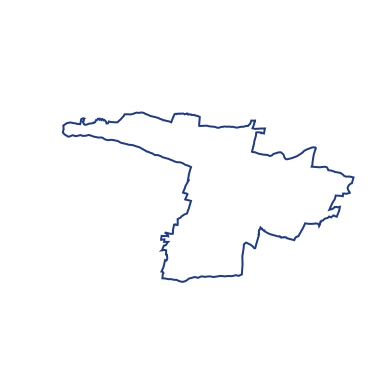 outline of Motoseni, Bacau, Romania, rotated 294°
{"feature_id": "2599482B25662052430617", "entity_name": "Motoseni", "entity_type": "district", "adm_level": 2, "iso_a3": "ROU", "parent_name": "Romania", "parent_adm1": "Bacau", "projection": "natural_earth1", "projection_center": [27.425, 46.347], "detail": "fine", "context": "isolated", "style": "outline", "palette": "blue", "viewbox_px": 384, "rotation_deg": 294, "n_neighbors": 0, "source": "geoboundaries", "source_scale": "gbopen_adm2", "svg_char_len": 6072}
<svg xmlns="http://www.w3.org/2000/svg" viewBox="0 0 384 384"><g transform="rotate(294 192 192)"><path d="M271.0,333.6L270.2,329.6L268.9,327.0L268.6,325.6L268.6,324.4L269.3,322.7L269.8,319.9L268.9,316.0L268.6,315.3L268.3,310.8L267.4,307.8L267.6,307.3L268.4,306.6L269.1,305.7L269.4,305.0L269.4,304.4L268.9,302.6L266.5,298.6L263.8,291.0L266.1,290.9L267.3,290.3L271.5,289.1L275.3,288.1L279.8,287.5L282.2,287.4L282.6,287.1L282.8,286.6L282.3,284.9L281.6,283.7L278.0,280.0L275.6,278.0L274.3,277.3L273.8,277.3L272.5,276.7L267.5,273.4L263.7,269.6L260.7,265.8L260.2,264.5L260.6,263.3L261.5,262.1L263.2,260.6L263.6,260.0L264.4,257.0L263.5,255.1L260.1,251.2L259.1,250.5L257.8,250.1L256.5,248.4L256.6,246.1L255.1,241.8L254.3,238.1L254.1,237.5L253.9,233.1L253.2,231.5L253.2,230.4L258.7,229.5L258.7,229.4L261.1,229.1L263.8,228.3L269.5,227.5L271.1,226.9L272.6,226.5L273.4,228.0L274.5,231.2L273.9,231.4L274.8,233.5L274.8,233.9L279.7,232.8L277.6,228.3L275.4,224.2L274.8,221.4L279.7,221.1L280.3,220.7L281.8,220.9L282.9,220.5L282.0,218.8L281.4,217.1L278.3,217.4L275.1,216.3L274.9,215.6L274.5,215.2L274.4,214.6L272.7,212.7L272.2,211.9L271.8,210.7L269.3,207.2L268.8,206.1L268.1,202.5L267.3,201.0L266.7,198.9L266.0,197.7L264.8,194.5L264.1,193.8L263.4,192.2L261.9,190.8L261.3,189.7L260.9,188.4L260.9,186.7L259.1,181.3L258.6,178.5L256.0,173.3L255.4,172.2L255.3,171.8L255.4,171.6L255.7,171.4L263.7,168.6L263.8,166.7L263.5,165.5L263.5,164.9L263.3,164.7L263.4,164.4L263.3,163.4L263.1,162.8L263.2,162.3L262.2,160.4L262.4,159.6L262.1,159.2L262.2,158.8L261.5,157.1L261.8,156.3L261.7,156.2L261.4,156.3L261.6,155.6L261.2,155.4L261.2,155.1L260.9,155.0L260.7,154.5L260.0,153.8L260.2,152.4L259.4,150.6L258.8,149.7L258.7,148.9L258.1,148.4L258.0,147.7L257.4,146.5L256.9,146.2L256.9,145.5L256.0,144.4L251.7,144.4L247.3,144.7L247.2,142.6L246.4,138.8L246.3,137.5L245.8,136.4L246.1,135.7L245.8,133.5L245.9,131.3L245.4,127.2L245.2,126.6L244.5,122.9L244.6,120.4L244.4,117.3L244.6,116.4L244.6,115.4L244.1,113.5L242.7,111.3L241.9,109.0L240.8,107.7L240.0,107.2L239.6,106.5L238.0,104.6L236.6,101.0L235.5,98.8L233.4,98.7L232.8,98.4L228.8,97.1L227.3,96.3L226.0,95.9L225.1,95.2L223.0,89.6L222.6,87.4L220.7,87.4L219.8,86.1L221.3,84.8L222.2,82.6L221.4,81.9L222.0,81.1L222.3,80.4L221.6,79.6L220.9,79.7L221.1,78.7L220.5,78.2L221.4,77.7L220.5,76.2L218.8,75.8L218.5,75.5L218.5,75.1L216.3,75.1L215.4,73.9L214.9,74.0L212.4,70.0L210.5,68.1L209.8,66.5L209.8,66.2L210.0,65.8L210.8,65.1L210.9,64.6L211.6,63.8L212.8,63.8L212.8,64.1L213.0,64.2L215.0,63.7L215.3,63.8L215.3,63.2L215.0,62.5L213.6,61.2L208.5,62.3L207.4,59.1L207.5,58.2L206.8,56.0L206.0,52.4L204.0,49.7L200.8,47.7L200.0,47.5L199.8,47.8L196.9,49.3L196.0,49.3L193.7,49.9L193.4,51.0L192.8,51.8L192.2,56.2L192.4,56.7L192.6,57.2L195.2,59.8L195.5,60.7L195.6,62.5L195.8,63.1L196.4,64.1L198.7,67.1L198.8,69.4L200.4,72.4L202.1,74.4L202.4,76.3L202.6,79.6L203.3,82.7L203.6,84.2L204.9,87.0L205.2,88.1L204.7,90.8L204.9,92.9L205.3,94.5L206.9,97.1L207.6,99.4L207.5,99.6L208.3,102.9L208.4,104.4L208.2,105.3L208.1,107.7L208.5,109.2L209.3,113.4L209.3,114.1L209.7,115.9L210.3,117.3L210.8,119.3L211.0,122.2L211.5,125.7L210.6,134.8L211.0,135.7L210.8,137.1L211.1,140.3L210.7,142.6L210.7,143.3L211.2,144.1L212.0,146.5L211.9,147.4L212.1,148.8L211.8,150.9L212.1,152.6L212.3,154.6L212.8,157.2L212.7,159.2L212.9,160.8L212.8,162.7L213.0,165.7L214.4,169.5L214.5,172.0L214.1,174.8L214.5,178.0L214.4,181.0L211.2,181.3L206.2,182.1L204.4,182.7L200.9,183.5L201.2,184.2L194.5,183.6L192.8,183.9L187.8,184.0L187.9,186.1L188.4,187.0L188.2,188.8L182.4,188.8L183.5,194.7L174.7,195.9L173.8,195.8L170.4,196.2L168.0,193.9L165.3,192.3L164.2,192.1L161.4,189.9L158.3,191.4L156.0,192.3L155.7,192.0L155.9,191.4L155.8,190.7L155.4,190.3L155.6,189.9L154.9,188.9L149.1,190.2L147.5,191.0L146.0,191.4L144.9,188.9L144.4,185.4L144.1,184.4L143.7,184.4L143.7,185.7L142.6,187.6L142.2,188.1L141.8,188.3L141.6,186.5L141.1,185.9L140.4,184.4L139.6,182.1L136.6,182.9L135.8,183.2L137.5,186.1L135.1,186.8L136.7,190.5L135.6,190.1L133.0,189.8L131.9,188.7L131.6,188.1L126.9,188.3L126.4,188.1L127.8,190.3L128.1,191.3L128.2,192.1L124.3,193.7L124.5,194.6L121.4,196.3L121.2,196.5L119.0,196.6L118.9,196.5L118.9,195.1L111.8,196.5L106.9,196.5L107.1,197.7L106.4,198.9L104.8,198.8L101.1,200.1L102.2,203.0L102.8,206.1L103.7,207.7L104.5,211.3L105.5,213.9L105.3,216.0L105.9,219.5L106.3,220.3L108.0,222.3L109.5,223.3L111.8,224.5L113.4,226.7L114.9,228.3L115.7,229.9L116.0,232.4L118.3,234.4L118.9,235.3L119.8,238.4L121.4,241.0L122.3,242.9L122.7,244.4L122.7,245.0L123.3,246.6L126.7,251.8L127.6,254.1L128.2,256.1L130.2,259.7L131.0,261.9L131.7,263.1L133.7,265.7L134.1,267.0L134.3,268.5L134.6,269.0L135.9,270.0L136.9,271.1L146.5,267.6L152.7,264.6L153.4,264.4L153.9,264.0L155.9,263.6L163.1,261.6L165.0,260.7L167.6,261.8L167.8,262.1L167.7,266.3L167.3,268.6L167.1,269.4L166.0,271.7L166.4,272.6L169.3,272.1L180.1,270.6L180.2,270.1L181.6,270.1L182.5,269.3L184.8,268.8L185.3,269.2L187.4,269.0L187.1,269.7L187.1,270.5L187.0,270.8L186.6,270.6L186.6,271.0L186.0,272.5L186.3,273.6L185.8,273.7L185.7,274.1L185.3,277.6L185.2,280.3L186.3,287.8L186.7,289.8L187.2,290.1L186.7,291.7L187.1,291.7L187.2,292.9L187.6,294.0L188.3,294.4L188.5,295.6L188.8,296.3L188.8,296.6L188.5,296.6L188.4,297.7L189.6,305.0L192.0,305.0L192.8,305.2L193.4,305.6L193.3,305.8L193.5,306.0L193.9,306.0L195.0,307.2L205.1,308.1L209.4,308.1L210.4,311.7L212.1,315.4L213.5,317.7L214.1,319.3L214.1,320.2L213.4,321.4L212.6,322.0L214.6,322.1L215.9,321.5L216.2,321.7L217.1,321.5L217.3,322.0L218.4,321.9L219.3,323.3L221.2,323.9L221.9,324.4L223.1,326.1L224.3,327.0L225.3,327.2L225.4,329.4L226.1,329.5L227.2,330.5L228.0,330.6L228.3,331.4L228.1,332.8L228.3,334.3L235.1,334.0L238.7,333.1L238.3,332.5L237.8,332.2L237.2,331.2L237.2,330.1L236.5,329.2L236.3,328.4L234.9,328.0L232.8,326.4L232.2,325.2L231.7,324.7L239.0,324.7L243.3,325.3L245.2,325.1L247.2,324.7L248.7,328.6L249.5,331.5L252.1,330.7L252.6,331.8L253.1,333.6L254.5,335.5L255.4,336.5L256.0,336.0L256.6,334.9L257.9,333.3L258.8,332.6L259.4,332.4L261.8,332.5L263.5,333.2L264.9,334.1L265.1,334.5L271.0,333.6Z" fill="none" stroke="#1e3a8a" stroke-width="2"/></g></svg>